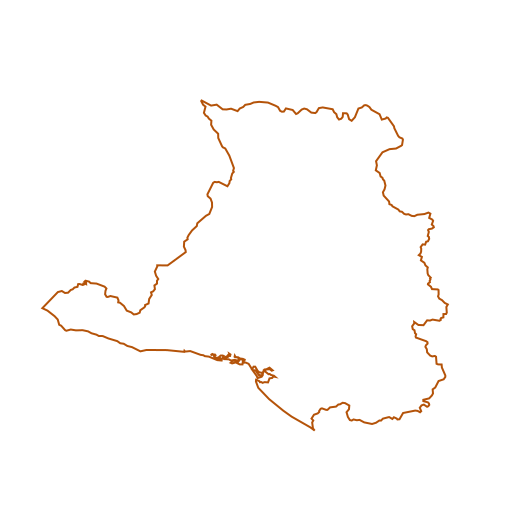 Bahia, Natural Earth projection, rotated 98°
{"feature_id": "BRA-624", "entity_name": "Bahia", "entity_type": "State", "adm_level": 1, "iso_a3": "BRA", "parent_name": "Brazil", "parent_adm1": "", "projection": "natural_earth1", "projection_center": [-41.603, -13.426], "detail": "fine", "context": "isolated", "style": "outline", "palette": "amber", "viewbox_px": 512, "rotation_deg": 98, "n_neighbors": 0, "source": "natural_earth", "source_scale": "10m", "svg_char_len": 6029}
<svg xmlns="http://www.w3.org/2000/svg" viewBox="0 0 512 512"><g transform="rotate(98 256 256)"><path d="M413.1,177.2L418.8,175.6L420.7,173.6L418.1,178.4L410.1,198.4L405.4,207.4L395.9,223.1L386.2,235.4L380.3,238.6L378.6,238.7L379.5,235.2L380.3,234.5L380.6,235.4L380.1,233.1L380.7,231.9L379.7,229.9L379.5,226.5L375.3,225.6L374.5,223.0L372.9,222.0L373.0,220.2L372.1,221.6L371.7,224.7L370.9,226.1L371.3,227.1L368.9,231.2L367.5,230.8L366.8,229.5L366.2,226.5L367.4,224.5L366.9,223.6L364.7,227.1L366.7,229.9L367.2,231.8L368.1,232.5L369.2,231.8L369.7,232.8L371.8,232.8L370.8,234.4L370.7,236.6L369.5,238.4L365.7,241.4L365.9,243.0L368.8,244.1L363.8,248.3L362.9,251.6L363.5,253.6L360.5,253.3L360.5,251.9L359.7,254.7L359.7,257.7L358.8,259.5L358.9,262.2L357.7,263.1L358.8,263.2L359.1,262.7L359.0,260.6L359.7,258.7L360.5,258.3L361.5,258.8L362.1,260.6L361.8,262.6L363.0,266.2L362.1,268.6L362.5,272.9L361.8,273.0L360.8,272.1L359.9,269.8L358.7,269.0L358.6,267.8L357.1,267.6L356.5,268.8L357.7,268.2L357.7,269.7L359.3,270.6L360.7,273.1L362.0,274.1L361.5,274.8L359.4,274.2L359.2,275.4L359.5,277.1L361.9,279.2L362.5,282.3L360.8,283.0L359.9,282.3L359.3,283.0L359.7,283.9L359.1,285.6L360.4,287.1L359.5,284.4L363.3,282.5L362.8,279.2L363.5,278.2L362.2,276.9L363.1,275.5L364.3,275.5L364.5,279.9L362.2,288.6L362.3,292.8L361.6,294.3L361.6,297.1L359.3,307.9L360.5,312.8L359.8,313.7L360.9,313.8L361.6,331.2L364.3,351.4L366.5,357.2L363.5,366.1L363.0,370.9L361.3,374.8L361.3,378.3L359.6,381.5L358.2,390.7L356.6,396.7L357.1,400.5L356.1,403.0L355.4,408.2L354.0,411.8L353.6,417.4L354.7,423.9L354.6,429.2L356.4,433.4L356.0,434.7L352.1,439.3L351.5,441.3L346.5,443.5L343.6,447.1L339.1,454.9L337.4,460.3L319.3,447.2L317.7,443.4L319.2,440.0L318.5,437.0L315.4,434.7L314.5,432.9L312.5,431.4L311.4,428.5L308.6,428.2L308.3,426.8L308.8,423.5L308.2,422.5L307.2,423.1L306.8,422.5L307.5,420.3L306.1,420.6L305.2,422.2L304.2,421.4L304.6,417.7L305.9,416.0L305.5,410.1L307.4,401.7L309.0,399.6L311.4,400.2L314.9,400.1L317.2,398.3L317.2,397.1L315.9,394.6L316.5,387.5L319.0,386.0L321.1,386.0L321.2,384.2L323.9,379.8L328.1,376.4L329.2,371.7L330.9,368.9L330.1,366.1L328.3,363.3L325.8,363.0L322.4,359.4L321.3,358.8L320.0,359.0L318.0,355.8L313.4,355.8L309.1,353.8L306.6,354.9L305.3,352.9L302.9,351.5L299.3,352.5L297.1,350.2L294.3,350.6L292.4,349.6L289.4,352.2L285.5,354.0L280.0,352.3L279.0,352.5L277.6,342.2L261.9,326.1L260.0,326.6L256.8,328.7L251.8,329.1L249.0,326.0L247.4,326.5L244.7,325.6L239.6,322.9L234.6,318.8L231.8,318.7L223.1,311.1L220.9,308.1L213.6,306.3L209.2,307.0L205.5,309.0L203.5,312.1L201.7,312.7L189.5,308.6L188.4,307.3L188.4,305.0L187.8,303.2L190.9,294.0L187.6,292.5L185.4,292.5L183.5,291.2L182.3,291.7L177.6,291.0L175.8,289.7L174.9,290.5L172.0,290.1L160.3,296.4L153.8,301.4L153.0,303.9L152.2,304.8L144.4,309.8L140.2,310.5L136.6,315.5L132.3,318.7L128.2,319.0L126.5,321.8L124.7,323.3L123.9,325.4L121.5,327.5L115.1,326.8L113.6,329.4L110.2,331.8L109.6,331.5L113.3,321.4L111.6,316.0L115.4,309.4L115.0,305.6L113.6,301.2L115.1,294.4L112.2,292.6L110.2,289.4L107.8,287.7L106.2,282.8L104.3,279.7L102.9,274.3L102.4,265.5L104.5,257.5L105.5,254.9L108.9,252.3L109.5,250.4L109.1,248.5L105.7,246.9L106.3,240.0L109.8,236.1L108.9,234.6L104.6,231.1L103.3,228.8L103.6,226.0L106.3,221.2L106.2,217.2L105.1,216.1L100.8,214.3L99.6,210.6L100.0,200.5L102.7,198.7L104.3,196.2L107.3,194.9L109.3,192.8L108.2,190.7L106.2,189.5L102.5,189.7L102.1,186.1L103.1,184.9L107.6,182.8L108.8,180.1L104.9,177.4L95.7,175.1L94.2,171.9L91.7,169.8L91.3,168.3L91.6,166.7L92.7,164.4L95.1,162.1L98.4,153.4L103.4,150.4L101.8,146.7L100.6,145.9L100.8,144.6L108.4,137.4L110.2,136.8L117.2,132.0L118.5,130.5L119.3,127.4L120.3,126.7L125.8,126.8L126.6,127.5L130.1,132.3L131.6,138.6L135.7,145.2L145.4,150.3L149.4,148.9L154.5,149.3L156.6,145.1L159.9,143.7L160.9,141.7L162.5,140.9L163.5,139.5L168.2,137.6L172.1,138.0L175.2,139.2L178.4,138.0L183.5,131.8L186.1,131.1L186.6,128.8L187.8,127.8L190.2,121.5L191.8,119.9L191.9,117.6L193.7,115.1L194.0,113.2L193.4,110.9L194.6,107.4L194.5,104.7L192.7,102.0L191.0,95.0L189.0,91.3L189.8,89.2L194.2,89.8L195.4,86.5L196.5,85.5L200.4,86.3L201.7,84.4L202.8,83.9L204.4,85.6L205.4,88.6L206.4,89.2L208.1,88.2L212.3,88.7L213.0,87.5L214.9,86.9L217.5,87.8L218.2,89.5L221.2,90.1L221.3,92.6L224.3,94.2L225.7,93.4L228.8,93.1L230.7,93.5L232.5,94.9L233.8,91.6L237.4,92.1L239.3,88.3L241.7,86.9L243.4,84.3L245.3,84.5L249.4,83.6L250.9,82.8L253.2,79.9L254.2,80.5L255.0,80.0L256.5,80.6L257.7,80.1L259.4,81.8L260.2,81.8L262.1,78.5L264.3,77.1L263.8,71.3L264.3,70.5L268.6,69.8L270.6,70.1L272.7,68.6L273.8,65.7L276.2,62.6L277.3,59.3L280.0,60.4L285.5,59.2L287.0,59.7L287.4,62.3L290.7,61.9L291.7,64.1L292.7,64.5L293.5,64.1L294.6,65.3L294.4,72.3L295.7,74.7L295.9,77.6L301.2,80.5L301.7,85.6L299.3,90.2L300.7,89.9L303.8,91.6L306.6,90.6L307.5,88.7L310.3,87.8L311.2,86.5L313.4,86.8L314.5,86.3L316.7,75.6L317.5,74.2L318.9,73.9L320.8,75.3L322.4,75.6L324.5,73.9L327.6,73.1L330.4,69.6L330.9,67.5L330.1,65.0L330.7,63.7L337.6,62.2L338.0,60.6L337.6,57.1L340.6,56.4L347.9,51.9L349.4,51.7L352.0,53.0L354.4,57.8L361.3,60.2L363.5,62.5L367.5,61.6L369.6,62.4L372.9,64.7L375.1,70.3L376.4,70.1L377.0,65.4L378.0,64.2L379.3,63.7L380.8,64.5L381.5,65.6L379.8,69.1L380.9,71.3L383.5,72.7L386.7,70.8L387.9,71.8L386.9,74.4L386.9,76.8L391.0,88.5L397.7,91.2L398.2,93.2L397.4,94.0L396.5,97.0L398.4,98.3L397.0,101.6L397.2,102.4L399.4,107.7L401.6,109.3L401.7,110.9L404.4,113.9L406.2,117.7L405.7,125.7L403.9,130.6L404.6,133.3L404.3,136.7L405.6,138.3L405.4,140.2L402.6,142.6L398.1,144.6L394.8,142.6L391.1,142.8L389.3,147.3L389.3,149.8L391.2,152.2L391.6,153.8L394.0,155.8L395.6,161.6L398.4,163.8L398.6,165.1L397.7,169.5L398.3,170.7L400.7,171.9L401.7,171.7L403.3,173.0L405.1,176.5L409.3,178.4L410.9,176.4L413.1,177.2ZM360.7,254.4L365.2,254.3L365.6,257.0L364.2,261.3L365.7,264.7L365.3,266.1L364.7,265.4L363.7,265.5L362.6,263.1L363.0,258.8L360.2,257.2L360.7,254.4ZM374.8,233.6L376.7,237.5L374.7,238.6L369.5,243.6L369.4,240.5L373.7,236.5L373.2,236.0L373.7,234.9L372.8,233.1L373.2,232.8L374.8,233.6Z" fill="none" stroke="#b45309" stroke-width="2"/></g></svg>